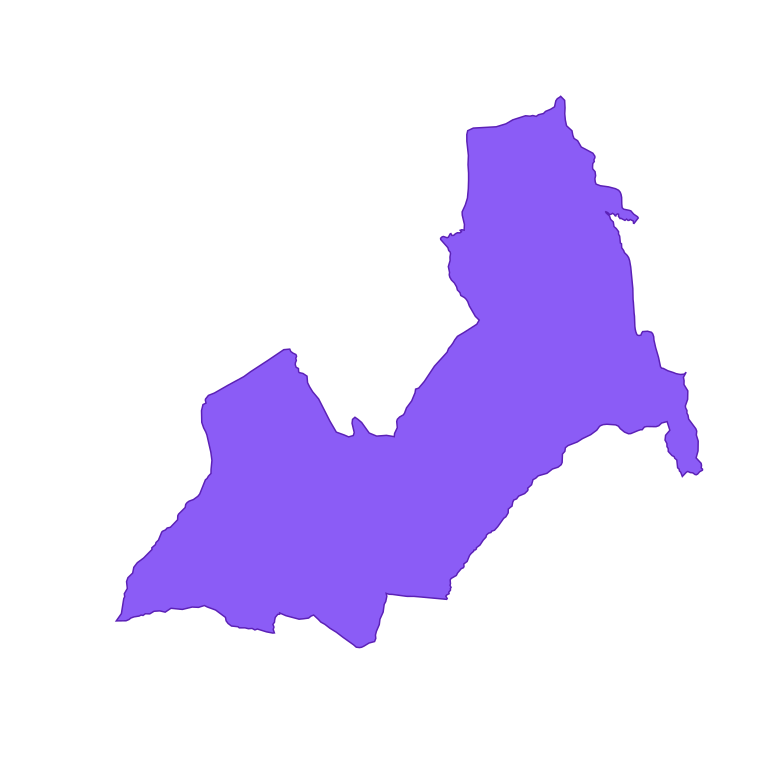 outline of Dimbelenge, Kasaï-Occidental, Democratic Republic of the Congo, rotated 261°
{"feature_id": "63176286B75664078742838", "entity_name": "Dimbelenge", "entity_type": "district", "adm_level": 2, "iso_a3": "COD", "parent_name": "Democratic Republic of the Congo", "parent_adm1": "Kasaï-Occidental", "projection": "orthographic", "projection_center": [22.979, -5.024], "detail": "fine", "context": "isolated", "style": "filled", "palette": "violet", "viewbox_px": 768, "rotation_deg": 261, "n_neighbors": 0, "source": "geoboundaries", "source_scale": "gbopen_adm2", "svg_char_len": 6161}
<svg xmlns="http://www.w3.org/2000/svg" viewBox="0 0 768 768"><g transform="rotate(261 384 384)"><path d="M246.0,664.2L249.6,668.9L250.1,670.4L248.6,672.6L248.0,675.0L246.0,677.0L245.5,678.2L246.0,679.7L248.0,682.1L249.0,685.0L250.0,685.3L251.5,684.2L254.0,684.9L256.1,684.8L262.2,680.7L268.8,683.7L278.5,685.4L284.8,684.5L288.5,685.5L291.0,685.0L301.7,679.4L305.6,679.4L307.8,678.6L310.5,679.1L313.1,678.2L315.2,678.2L321.3,681.5L329.7,683.0L336.5,680.2L340.4,680.9L343.8,680.8L348.4,684.3L346.8,682.2L347.0,678.5L347.6,676.6L348.6,674.0L350.0,671.7L352.7,666.4L355.7,662.3L356.3,660.6L357.8,659.8L367.4,659.3L377.5,658.0L385.3,657.5L388.5,657.8L391.4,657.3L393.2,656.3L394.9,652.6L395.3,647.7L393.9,646.4L392.1,645.4L392.0,643.5L392.6,642.0L393.4,641.5L396.0,640.9L399.1,640.7L401.8,640.8L411.8,642.0L414.8,642.1L425.8,643.1L428.4,643.2L439.4,644.7L461.0,646.0L467.3,645.9L470.5,645.4L473.0,644.3L476.2,642.0L478.3,641.6L481.4,640.1L485.4,640.5L486.3,639.5L493.2,639.9L495.3,639.1L497.8,639.5L501.1,637.8L503.5,635.8L508.2,635.8L511.1,633.6L514.7,633.0L518.2,630.2L518.9,630.1L519.8,629.5L518.3,631.8L516.4,633.1L516.0,634.3L516.8,636.5L515.4,638.0L514.0,638.6L513.7,639.2L514.8,639.8L515.5,641.2L515.0,642.2L512.9,641.8L510.4,643.1L510.6,643.9L507.9,647.6L508.9,649.4L507.4,650.6L507.3,651.7L508.0,652.8L506.0,655.7L503.7,655.6L503.5,656.1L508.2,661.1L509.5,660.6L512.7,657.2L516.4,654.9L517.2,653.3L519.2,648.0L520.9,646.8L524.6,647.0L531.1,647.9L534.1,647.8L536.5,647.3L538.7,646.0L540.7,643.2L543.6,636.6L546.0,628.7L548.2,624.8L550.3,624.3L553.7,624.4L556.6,625.6L560.7,625.7L563.8,623.8L565.5,623.9L569.1,624.7L570.8,626.5L572.6,626.4L574.5,627.7L576.0,627.9L579.3,626.4L587.2,615.9L594.0,613.3L596.8,610.1L600.2,609.4L604.7,609.3L610.5,604.7L616.3,604.4L622.6,604.8L628.4,606.0L635.9,606.8L640.5,603.5L639.7,602.2L638.7,599.8L636.8,598.0L631.1,595.8L629.3,591.5L628.0,586.2L626.2,583.8L625.8,578.7L624.5,576.2L625.9,573.0L625.7,570.1L626.8,565.7L624.8,552.6L621.9,545.1L620.5,535.1L622.8,512.2L621.1,506.3L617.4,504.8L610.8,503.8L596.5,503.1L587.5,501.3L579.0,500.5L572.0,499.4L563.6,497.8L554.6,495.5L548.1,492.3L541.8,488.1L538.5,487.7L529.1,488.4L523.4,487.2L524.2,485.0L523.9,483.3L522.3,484.3L521.4,482.6L521.9,480.1L521.2,478.0L519.9,476.0L520.1,474.3L522.1,473.6L521.9,472.8L519.0,470.6L518.6,469.2L520.4,465.8L520.3,464.5L519.1,462.7L517.8,462.6L508.7,468.4L505.7,468.8L504.0,470.0L502.4,470.1L499.1,469.0L495.6,468.6L489.9,465.9L484.0,466.2L481.6,465.5L479.2,465.7L476.1,466.9L472.8,469.3L468.6,470.9L465.4,471.2L462.4,473.3L459.4,473.7L456.8,477.0L454.7,478.5L452.2,479.6L447.7,480.5L436.5,484.8L432.2,488.0L428.5,485.0L422.4,471.1L419.6,464.0L416.5,460.8L413.5,458.4L411.2,456.1L409.0,453.4L405.5,451.3L393.7,436.6L380.2,424.2L374.5,417.6L374.0,414.4L370.5,413.3L363.0,408.7L356.9,402.5L352.0,399.7L350.5,398.3L349.0,394.3L347.1,391.7L345.1,390.7L338.8,390.3L333.5,386.7L330.4,385.9L332.9,378.4L333.7,368.6L337.9,361.7L349.5,355.9L353.2,352.7L355.7,350.1L354.0,347.4L350.2,346.3L340.7,347.0L337.9,345.6L337.3,340.8L339.9,336.7L343.9,329.4L355.7,324.8L379.5,317.1L387.5,312.3L392.8,310.1L397.3,308.7L403.8,309.2L407.1,305.6L408.5,302.1L409.5,301.6L412.7,301.9L414.3,299.8L416.8,299.4L418.8,299.8L420.9,301.1L423.4,300.9L424.2,301.5L425.1,302.0L426.9,301.6L428.7,299.0L430.7,297.0L433.2,296.4L433.6,290.4L425.6,273.3L416.9,253.9L413.2,246.7L407.1,229.5L401.6,215.0L400.2,208.8L397.1,205.4L396.0,205.0L393.0,205.2L392.0,202.0L386.3,199.6L374.6,198.0L368.9,199.0L364.4,200.5L361.4,201.1L343.7,202.3L335.5,202.1L326.6,199.8L322.7,199.1L320.4,196.1L318.3,194.4L317.3,192.6L304.2,184.8L302.2,182.6L299.7,177.7L298.8,173.2L297.7,171.0L296.1,169.3L293.1,168.3L287.6,160.7L286.1,159.7L282.2,158.9L275.9,150.6L275.7,147.3L274.1,145.4L273.2,142.2L272.5,141.3L265.1,136.8L263.1,134.0L261.1,133.1L258.6,129.1L256.8,128.9L249.7,119.3L246.1,112.4L242.1,108.2L236.6,106.2L232.8,100.8L229.1,98.8L222.2,98.5L217.5,94.7L214.4,94.6L212.8,93.4L198.3,88.7L191.9,82.5L190.5,92.3L191.3,95.4L192.4,97.2L193.1,100.6L193.1,105.9L193.8,107.9L193.1,109.8L194.4,112.3L193.6,116.7L195.5,121.3L195.0,127.0L192.9,132.2L195.8,138.5L192.9,149.6L193.7,159.7L192.4,165.9L193.3,171.9L191.4,174.6L187.1,182.3L178.3,190.9L174.8,191.0L171.9,192.5L168.8,195.5L167.1,201.8L165.8,202.9L164.9,208.6L163.5,211.8L163.2,215.5L161.3,218.0L161.8,220.6L157.6,229.1L155.4,235.2L155.3,236.8L159.0,236.2L161.1,237.3L164.0,236.7L165.9,238.6L167.7,239.0L170.5,240.1L173.1,243.0L173.0,244.9L174.2,245.1L170.5,250.9L165.0,263.3L164.7,268.0L164.6,272.9L166.2,275.7L166.8,278.4L161.8,282.3L158.7,284.4L155.9,288.0L151.2,292.4L146.2,298.2L139.9,304.2L131.2,313.1L128.4,315.4L127.5,318.5L127.5,320.7L128.2,323.1L130.5,328.7L131.1,334.4L134.0,336.1L137.4,336.3L140.9,337.8L147.1,341.7L152.3,343.2L158.9,347.5L166.3,349.7L168.9,351.7L173.9,353.6L176.9,353.4L175.5,356.2L174.9,359.3L170.7,373.3L169.5,380.5L167.4,389.0L161.5,412.2L162.2,412.9L164.7,411.9L165.7,412.7L166.7,415.5L168.2,415.4L170.0,417.4L171.7,417.6L172.6,418.4L174.9,417.7L176.3,418.4L180.1,418.7L181.4,419.8L183.6,425.5L185.9,427.2L189.5,431.4L190.1,433.6L191.0,434.4L193.8,434.7L195.7,438.3L201.3,441.7L203.0,443.6L204.8,446.4L205.8,446.8L205.9,448.4L206.7,449.5L207.9,449.7L209.9,453.6L214.2,457.5L216.8,460.8L218.8,461.6L220.3,463.9L220.6,466.4L221.8,467.4L222.3,470.3L225.3,474.0L232.6,481.2L233.8,483.6L237.3,486.5L241.0,487.2L242.6,489.8L243.3,491.3L247.2,492.7L249.1,494.0L249.8,497.0L252.2,499.4L253.8,505.8L256.2,509.2L257.2,509.7L258.6,509.6L261.4,514.0L266.2,516.2L267.2,519.1L269.2,522.0L270.3,531.0L273.7,537.1L274.6,542.9L276.6,546.4L278.7,547.7L286.9,549.3L289.2,552.1L292.7,553.2L294.4,556.1L296.5,565.8L299.0,571.5L301.6,580.2L305.1,586.9L308.5,590.3L309.1,591.8L309.6,594.1L309.4,597.8L307.4,606.4L305.7,608.9L302.9,610.4L298.9,614.0L296.6,617.7L296.4,620.0L298.3,627.9L298.7,630.4L298.4,631.8L300.8,634.5L300.9,636.9L299.3,646.0L299.8,648.9L302.0,652.1L302.6,657.7L293.6,659.1L289.3,654.1L284.6,652.8L281.0,654.1L277.8,653.7L275.8,654.6L272.9,654.2L268.2,657.3L266.9,659.2L265.3,659.5L263.1,661.3L255.3,660.9L253.7,662.2L251.9,662.2L250.6,663.2L246.0,664.2Z" fill="#8b5cf6" stroke="#5b21b6" stroke-width="1.5"/></g></svg>